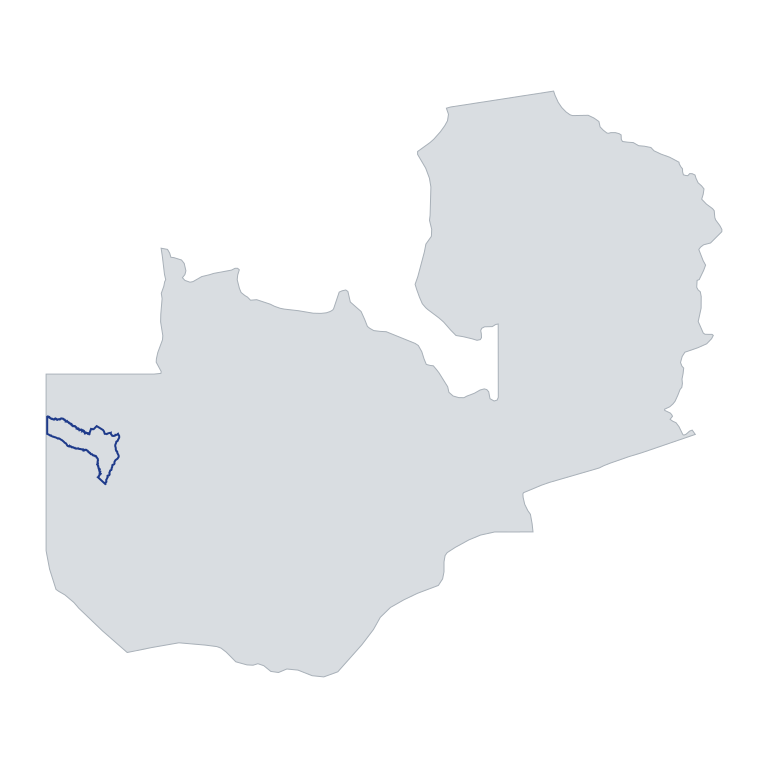 location of Mitete, Western, Zambia
{"feature_id": "96606910B13624449135340", "entity_name": "Mitete", "entity_type": "district", "adm_level": 2, "iso_a3": "ZMB", "parent_name": "Zambia", "parent_adm1": "Western", "projection": "mercator", "projection_center": [22.406, -14.284], "detail": "fine", "context": "in_parent", "style": "outline", "palette": "blue", "viewbox_px": 768, "rotation_deg": 0, "n_neighbors": 0, "source": "geoboundaries", "source_scale": "gbopen_adm2", "svg_char_len": 8906}
<svg xmlns="http://www.w3.org/2000/svg" viewBox="0 0 768 768"><path d="M533.0,531.9L494.5,532.0L480.4,535.1L468.9,539.9L455.2,547.4L447.2,552.6L445.1,555.5L444.0,561.9L444.0,571.8L442.6,578.9L438.4,585.4L417.5,593.3L403.9,599.8L390.5,607.4L380.3,617.3L373.4,629.6L361.9,644.7L337.8,671.8L323.8,676.9L312.1,675.7L298.0,670.1L286.8,669.0L278.5,672.5L270.8,671.4L263.8,665.7L257.9,663.7L253.1,665.2L247.0,664.9L235.8,661.8L226.2,652.1L221.0,648.1L216.9,646.6L205.4,645.1L178.9,642.8L151.4,647.6L127.2,652.5L102.6,631.0L78.9,608.3L73.9,602.5L64.9,594.9L58.5,591.2L56.0,589.4L49.6,569.2L46.1,550.7L46.1,374.1L153.9,374.1L160.9,373.4L161.2,371.5L156.2,362.2L156.4,358.8L157.8,352.5L162.5,339.8L162.8,335.6L160.6,321.8L160.8,314.1L162.1,298.6L161.3,293.3L163.8,286.3L164.7,281.7L165.7,279.7L164.5,274.4L162.3,256.0L161.1,248.2L167.5,249.4L169.7,253.2L170.9,257.3L173.8,257.6L181.5,260.0L184.2,263.4L185.9,270.8L184.9,274.6L182.4,277.7L184.9,280.4L190.0,282.2L193.0,281.6L201.7,276.6L209.6,274.7L213.7,273.4L231.5,270.1L235.1,268.3L237.6,268.3L239.3,269.8L237.7,275.0L237.2,279.7L239.4,288.4L241.1,292.5L244.8,295.5L247.5,297.1L250.5,300.2L256.7,299.7L270.3,304.2L274.5,306.3L280.2,308.3L284.3,309.1L298.3,310.7L313.2,313.2L320.9,313.4L326.4,312.8L330.2,311.5L332.6,310.1L333.6,308.8L339.2,292.1L342.1,290.8L345.8,290.0L347.9,291.5L350.3,302.0L361.1,311.5L364.7,319.5L367.4,326.4L369.7,328.3L373.8,330.6L380.3,331.4L386.2,331.7L415.1,343.4L418.3,345.5L421.8,351.7L424.0,358.8L426.3,364.4L430.0,365.4L433.3,365.8L436.6,369.7L439.1,373.0L447.7,386.8L448.9,392.3L453.1,396.0L458.7,397.6L463.9,397.7L466.9,396.1L474.3,393.3L480.1,390.0L484.3,388.9L486.8,389.6L488.7,391.8L490.0,398.7L494.1,401.0L497.1,400.1L498.3,397.4L498.3,396.0L498.2,324.0L495.6,324.5L492.3,326.6L484.6,326.8L481.7,328.3L480.7,330.6L481.3,333.6L481.5,337.7L480.3,339.6L477.0,340.3L472.1,338.8L463.3,336.7L456.0,335.5L450.7,330.1L443.6,322.0L438.9,317.9L427.6,309.4L425.7,307.7L422.3,303.7L419.4,297.0L416.6,289.2L415.1,284.3L417.8,276.7L424.4,251.9L425.9,244.1L431.4,236.3L431.7,229.3L429.5,220.3L430.1,215.3L430.9,187.0L429.4,178.1L425.7,168.2L417.6,154.4L417.6,151.5L430.1,142.5L433.8,139.2L440.3,131.9L444.7,125.8L447.5,120.8L448.5,114.3L446.4,108.2L450.6,107.0L553.6,91.1L555.0,95.3L558.2,102.3L561.7,107.5L566.1,112.0L569.9,114.7L572.4,115.6L588.2,115.3L593.9,118.0L598.9,121.5L600.1,126.9L603.4,130.3L606.9,133.0L608.4,133.3L611.0,132.6L615.3,132.6L619.2,133.7L621.1,134.9L621.3,139.4L622.5,141.5L627.8,142.2L633.3,142.6L638.6,145.7L644.3,146.2L650.9,147.5L654.0,150.8L661.0,154.1L669.6,157.2L679.0,162.2L679.2,163.7L680.8,166.7L682.5,168.8L682.6,171.9L683.4,174.8L685.8,175.5L687.8,175.7L689.7,173.6L692.2,173.7L695.0,175.0L696.0,178.3L698.1,182.8L701.6,185.9L704.0,188.9L703.2,194.2L701.7,199.2L706.4,204.1L712.6,208.7L714.2,210.7L714.8,217.6L715.7,220.0L719.9,225.7L721.9,229.5L721.8,231.7L710.5,243.0L703.6,244.8L700.6,247.1L698.8,249.5L703.2,260.8L705.6,265.1L703.6,270.5L699.2,279.6L697.1,280.4L696.7,287.3L698.1,289.9L700.3,291.8L701.2,296.5L701.1,308.2L698.2,321.5L703.3,333.1L705.1,334.3L712.1,334.4L713.3,335.4L711.6,338.7L706.7,343.8L697.7,347.8L684.9,352.2L682.2,356.4L680.5,362.5L681.9,366.1L683.7,368.1L683.1,373.5L682.0,379.1L682.4,383.5L681.8,387.4L680.1,389.4L677.8,395.3L675.1,401.2L672.9,404.0L669.7,406.8L664.6,409.2L664.7,410.4L670.4,413.1L671.9,415.0L672.5,416.3L670.1,419.3L672.7,421.2L676.0,422.7L679.0,426.7L682.6,434.1L683.2,434.9L684.2,435.0L686.1,434.2L689.6,431.1L692.2,430.1L695.3,434.4L641.6,452.8L629.0,456.6L610.1,463.2L604.0,465.6L599.1,468.0L549.1,482.5L541.2,485.3L523.5,492.7L522.9,494.0L523.1,497.3L524.7,504.3L527.8,510.6L530.4,514.3L532.1,523.7L533.0,531.9Z" fill="#d9dde1" stroke="#a8b0b8" stroke-width="1"/><path d="M105.9,484.6L105.7,484.2L105.2,483.8L105.1,483.5L105.1,482.9L105.2,482.7L106.3,482.0L106.4,481.7L106.2,479.9L107.1,478.4L107.2,477.9L107.7,477.3L107.7,477.0L107.4,476.0L107.6,475.7L108.0,475.5L109.0,475.4L109.3,475.1L109.7,474.0L109.4,473.3L109.4,472.6L109.8,471.8L110.0,471.0L110.3,470.4L110.7,470.2L111.3,470.0L111.4,469.8L111.6,469.1L111.6,468.1L112.1,467.3L112.4,465.0L112.6,464.8L113.4,464.7L114.1,464.2L114.4,463.8L114.5,463.2L114.4,462.2L114.6,461.6L115.5,460.1L117.5,458.7L118.7,456.8L118.6,455.4L117.3,452.9L117.2,452.5L117.3,452.1L117.2,451.7L117.1,451.4L116.3,451.0L115.9,449.9L115.7,449.0L115.8,448.3L115.7,447.7L115.2,446.0L115.3,444.8L116.2,442.6L116.3,441.7L116.6,441.4L117.4,441.1L117.7,440.8L118.2,439.4L118.7,438.7L119.2,437.6L119.2,436.2L119.1,435.7L118.1,434.1L118.0,433.8L117.7,434.0L117.5,434.6L116.5,434.9L115.4,434.8L115.2,435.5L113.8,436.0L113.0,435.8L112.5,435.9L112.2,435.8L112.0,435.3L111.4,434.7L111.0,434.1L110.8,433.4L110.8,432.8L110.4,433.0L109.7,432.9L109.0,433.1L107.7,433.5L106.8,434.1L106.4,433.9L104.8,433.9L104.7,433.8L104.0,431.4L103.0,430.0L96.7,426.1L93.6,429.2L92.4,429.2L92.2,429.0L92.0,428.9L91.4,429.2L91.0,429.0L89.4,433.4L89.5,433.7L89.2,433.8L89.4,434.0L89.2,434.2L88.9,433.8L88.5,433.8L88.3,433.7L88.4,433.1L88.2,433.1L88.1,433.5L87.9,433.6L88.0,433.9L87.8,433.9L87.1,433.0L86.4,433.0L86.0,432.6L85.8,432.7L85.3,433.4L85.0,433.5L84.9,433.5L84.9,433.2L85.3,432.7L85.2,432.3L85.0,432.2L84.4,432.2L84.2,432.1L84.2,431.9L84.3,431.8L84.2,431.3L83.7,431.3L83.7,430.7L83.4,430.5L82.9,431.0L82.6,431.1L82.7,430.9L82.4,430.7L82.6,430.6L82.5,430.4L82.5,430.2L82.3,430.1L82.0,430.1L82.0,430.3L81.7,430.2L81.4,430.4L81.2,430.3L81.3,429.9L81.1,429.9L81.0,429.6L80.7,429.7L80.7,429.9L80.7,430.0L79.8,429.6L79.4,430.0L79.3,429.7L79.0,429.7L78.7,429.3L78.4,429.4L78.0,429.1L78.1,428.9L77.8,428.9L77.8,428.7L77.6,428.8L77.4,428.4L77.2,428.4L77.3,428.6L77.1,428.6L77.1,428.4L76.7,428.4L76.8,428.1L77.0,428.2L76.8,428.0L76.6,427.7L76.3,427.6L76.2,427.3L75.5,426.9L75.3,426.7L75.5,426.6L74.8,426.0L74.0,426.1L73.9,426.2L73.4,425.9L73.0,426.1L72.7,425.7L72.4,425.8L72.2,425.7L72.1,425.1L71.5,424.9L71.5,424.4L71.4,424.4L71.3,424.1L71.1,424.1L71.1,423.9L70.7,423.9L70.3,423.5L69.8,423.6L69.6,423.5L69.6,423.3L69.3,423.0L69.2,423.0L69.2,422.8L68.8,422.6L68.7,422.3L68.3,422.1L68.1,422.2L67.7,421.9L67.5,421.6L67.3,421.5L67.2,421.3L67.0,421.5L66.9,421.7L66.5,421.7L66.2,421.3L65.9,421.5L65.6,421.5L65.6,421.4L65.6,420.5L65.2,420.2L64.7,420.0L64.6,419.8L64.3,419.9L63.9,419.5L64.0,419.4L63.9,419.3L63.5,419.2L63.3,418.8L62.8,418.8L62.1,418.5L61.9,418.6L61.7,418.5L61.2,418.4L61.1,418.5L60.4,418.8L60.3,419.3L60.2,419.4L59.6,419.5L59.3,419.2L58.7,419.2L58.3,419.3L58.1,419.3L57.9,419.5L57.7,419.7L57.6,419.8L57.4,419.7L57.3,419.8L56.7,419.7L56.5,419.4L56.5,419.1L56.3,419.0L56.2,418.8L55.9,418.7L55.8,418.9L55.3,418.5L55.2,418.6L55.1,418.8L54.7,418.8L54.5,419.0L54.4,419.0L54.2,419.3L54.2,419.5L53.9,419.5L53.9,419.4L53.5,419.4L53.2,419.3L53.0,419.2L52.8,419.2L52.6,419.0L52.3,418.9L52.2,418.8L51.8,419.0L51.5,418.9L51.5,418.7L51.2,418.6L50.9,418.3L50.6,418.3L50.5,418.2L50.2,418.1L50.1,417.9L49.8,417.6L49.7,417.5L49.6,417.4L49.5,417.5L49.3,417.3L49.1,417.3L49.1,417.1L48.8,417.2L48.6,417.0L48.3,417.1L48.0,416.6L47.8,416.7L47.6,416.5L47.2,416.7L47.2,433.9L48.8,434.6L49.8,435.3L50.5,435.3L50.8,435.4L50.7,435.7L52.3,436.4L53.0,436.7L53.3,436.8L53.6,436.7L54.6,437.2L55.4,437.3L57.1,438.1L57.8,438.6L58.2,438.6L58.3,438.4L58.6,438.3L59.6,438.7L61.0,439.7L61.5,439.9L62.3,440.4L62.6,440.8L63.0,441.0L64.2,442.1L64.6,442.7L65.5,443.1L66.1,443.5L66.3,444.0L66.5,444.2L66.6,444.4L66.8,444.6L66.9,445.0L67.6,445.9L67.9,445.9L68.2,446.1L68.3,446.2L68.6,446.3L68.8,446.2L69.0,446.4L69.7,446.3L69.9,446.5L70.0,446.5L70.0,446.4L70.1,446.5L70.4,446.3L70.5,446.4L70.9,446.4L71.1,446.7L71.4,446.8L71.6,447.1L72.2,447.1L72.2,447.3L73.1,447.3L73.2,447.5L73.5,447.7L74.3,447.8L74.7,447.8L74.8,448.2L75.4,448.5L75.9,448.4L76.2,448.6L76.5,448.5L77.0,448.6L77.5,448.5L78.0,448.3L78.4,448.7L78.7,448.6L79.4,449.0L79.9,448.9L80.9,449.1L81.1,449.3L82.0,449.3L82.4,449.6L82.8,449.3L83.2,449.3L83.5,449.5L83.5,449.8L83.4,449.9L83.5,450.6L84.2,450.5L85.0,449.9L85.3,449.9L85.7,449.7L86.2,449.8L86.6,450.1L86.6,450.3L87.0,450.4L87.3,450.7L87.7,450.8L87.8,451.0L88.1,451.4L88.2,451.8L88.8,452.0L88.9,452.4L89.6,452.6L90.2,453.0L90.3,453.2L90.2,453.4L90.4,453.5L90.8,454.1L91.3,454.1L91.7,454.3L92.2,454.3L92.5,454.8L92.8,455.2L93.2,455.2L93.4,455.5L93.9,455.6L94.6,455.5L95.3,455.9L95.3,456.1L95.9,456.1L96.1,456.2L96.6,457.5L96.9,457.6L97.4,458.3L97.8,458.9L97.9,459.2L97.8,460.2L98.0,460.6L97.7,461.3L97.7,461.6L97.5,462.2L98.0,463.2L97.7,463.8L97.2,464.1L97.1,464.5L98.1,465.3L98.2,465.7L98.0,466.1L98.6,467.2L98.4,467.5L98.5,467.9L98.8,468.4L98.7,468.7L98.8,468.9L99.3,468.9L99.6,469.0L99.8,469.2L99.8,469.5L99.4,469.8L99.4,470.2L99.2,470.3L99.4,471.2L99.7,471.5L100.1,471.6L99.7,472.3L99.7,472.8L100.0,472.9L100.1,473.3L100.3,473.5L100.5,473.4L100.7,473.6L100.5,473.8L100.4,474.3L100.1,474.4L99.8,474.5L99.5,474.5L99.5,475.0L99.3,475.5L99.1,475.8L98.7,476.1L98.6,476.3L98.8,476.4L98.6,477.0L98.2,477.2L98.0,477.3L105.9,484.6Z" fill="none" stroke="#1e3a8a" stroke-width="2"/></svg>